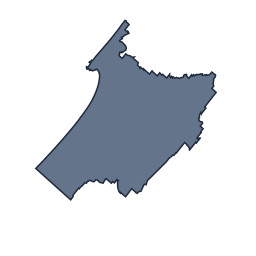 outline of Noosa, Queensland, Australia, rotated 211°
{"feature_id": "25037944B90533392045393", "entity_name": "Noosa", "entity_type": "district", "adm_level": 2, "iso_a3": "AUS", "parent_name": "Australia", "parent_adm1": "Queensland", "projection": "equal_earth", "projection_center": [153.049, -26.318], "detail": "fine", "context": "isolated", "style": "filled", "palette": "slate", "viewbox_px": 256, "rotation_deg": 211, "n_neighbors": 0, "source": "geoboundaries", "source_scale": "gbopen_adm2", "svg_char_len": 5555}
<svg xmlns="http://www.w3.org/2000/svg" viewBox="0 0 256 256"><g transform="rotate(211 128 128)"><path d="M70.8,204.0L76.5,205.1L76.1,208.0L78.1,210.3L78.8,212.4L79.3,213.3L79.9,213.8L79.5,216.7L79.8,217.3L79.9,218.1L80.2,218.4L81.2,218.8L81.7,218.5L85.0,219.1L85.5,215.7L88.0,213.5L88.1,213.4L88.3,214.0L91.3,211.4L92.1,212.7L92.7,212.3L93.3,211.7L93.8,211.7L94.0,211.4L93.9,211.0L94.9,210.1L95.3,210.1L95.9,209.5L96.1,209.6L97.2,208.9L97.3,208.3L97.9,207.8L97.8,207.5L98.1,206.7L99.3,207.4L99.8,205.5L100.1,205.6L100.0,205.9L100.1,206.0L100.9,206.4L101.5,202.0L104.8,202.7L105.0,203.8L105.6,204.0L105.7,203.5L107.1,202.9L107.3,201.9L106.9,200.4L107.0,200.1L107.5,199.3L107.8,198.7L108.3,198.7L109.4,197.3L109.6,196.8L110.7,196.8L111.7,196.5L112.0,196.2L112.4,196.3L113.7,194.7L114.0,194.8L114.5,195.0L115.6,195.1L115.6,193.9L117.1,194.7L117.3,193.0L117.6,193.1L118.0,193.5L118.9,193.9L119.3,194.7L119.7,195.0L119.8,195.3L120.0,195.6L120.6,190.8L125.8,191.8L125.9,191.2L126.0,190.8L129.3,191.6L129.8,187.8L136.7,189.1L136.7,189.4L136.8,189.4L137.4,185.2L145.0,186.7L144.6,185.9L148.3,186.6L148.1,186.2L148.3,185.3L148.8,185.9L151.5,186.5L152.3,186.8L152.3,187.5L152.8,189.3L159.1,190.4L159.4,191.4L159.2,192.0L161.0,190.8L162.0,190.8L162.9,191.0L166.2,190.1L168.1,190.5L168.5,187.6L168.4,187.6L168.8,184.7L172.9,185.4L173.0,185.9L173.1,186.6L173.8,187.7L174.1,188.6L174.0,188.8L173.5,188.9L173.2,189.1L172.8,189.1L172.8,189.3L172.6,189.1L172.1,189.4L171.7,189.9L171.6,190.6L171.3,190.8L171.2,191.0L171.0,191.6L170.6,192.5L170.4,193.5L170.2,193.6L170.4,193.8L170.3,194.2L170.4,195.2L170.8,195.9L171.7,196.7L172.0,196.8L172.5,197.2L172.9,197.4L173.9,197.6L174.0,197.6L174.5,197.8L175.3,198.1L175.9,198.2L176.8,198.5L177.6,198.6L178.4,198.5L179.5,198.1L179.8,197.9L180.1,198.3L180.1,199.5L178.8,201.7L179.5,202.6L180.1,202.6L179.3,203.6L178.5,205.9L176.1,209.5L176.4,209.6L176.2,209.8L177.4,210.6L177.5,210.5L178.0,210.8L178.0,210.0L181.2,210.6L180.4,216.9L180.3,217.2L180.5,217.3L180.6,217.2L180.8,217.2L181.6,217.6L183.7,218.0L184.1,218.2L184.7,218.8L184.8,218.7L184.9,218.8L185.2,218.5L185.3,218.6L185.9,218.7L186.5,214.4L187.3,205.4L187.9,201.2L187.9,200.6L187.8,200.4L188.0,200.1L188.6,195.7L188.7,195.2L188.5,194.9L188.7,194.7L189.0,193.3L189.1,193.0L189.2,191.3L189.7,188.9L189.6,188.6L189.7,188.4L189.9,187.9L190.1,186.2L190.3,185.4L190.8,182.0L191.0,181.2L191.4,178.9L192.4,173.1L193.0,168.2L193.3,167.1L193.4,166.9L194.1,167.1L194.0,166.8L193.9,166.6L193.9,166.3L194.1,166.0L194.1,165.9L193.9,165.6L194.0,165.6L194.0,165.4L194.7,165.5L194.8,165.4L194.6,165.1L194.7,164.9L195.0,165.0L195.1,164.5L194.8,164.6L194.5,164.5L194.2,164.4L194.2,164.2L193.7,164.0L193.4,163.8L193.4,162.9L193.5,160.9L193.7,159.7L193.9,159.2L194.1,159.2L194.3,159.0L194.8,159.2L194.7,158.8L195.0,159.0L195.1,158.7L193.5,157.3L193.3,157.5L192.8,157.8L192.8,158.0L192.6,158.0L192.4,158.5L192.0,158.7L191.5,158.5L191.0,158.0L191.0,157.9L190.8,157.7L190.5,157.5L190.3,157.6L190.3,157.8L190.2,157.8L190.0,158.5L189.8,158.7L189.4,158.8L188.9,158.7L187.9,158.7L187.8,158.9L187.3,159.3L186.9,159.9L186.4,160.3L186.3,160.9L186.1,161.2L186.0,161.3L185.5,161.3L185.4,161.8L185.0,162.3L184.9,162.3L184.3,162.2L183.3,161.8L182.6,161.2L182.6,160.9L182.5,161.2L182.2,161.2L180.4,159.6L180.2,159.7L179.1,157.9L178.4,156.6L177.7,155.0L177.4,154.2L176.8,153.1L175.8,150.0L175.0,146.9L174.8,146.6L174.7,145.7L174.3,143.3L174.0,142.4L174.1,142.1L173.7,139.6L173.6,139.4L173.5,139.2L173.6,138.8L173.3,135.3L173.2,134.4L173.0,134.2L173.1,133.9L173.0,130.9L173.1,125.5L173.2,123.8L173.7,116.6L174.2,112.6L174.4,109.6L174.5,108.2L174.8,106.5L175.0,104.7L175.4,101.3L176.4,95.4L176.4,95.0L177.2,90.6L177.8,86.6L177.9,86.0L178.1,84.7L178.4,83.4L178.5,83.1L178.8,81.0L180.0,75.1L180.0,74.8L180.2,74.0L180.2,73.5L180.7,71.5L181.9,65.1L182.1,64.7L182.5,62.5L182.7,61.9L182.7,61.4L182.9,60.5L182.9,60.3L183.1,60.1L183.0,59.9L183.1,59.5L184.1,54.9L184.8,51.8L185.2,50.5L185.3,49.9L185.6,48.7L185.7,48.0L185.9,47.2L185.9,46.9L186.2,45.8L140.1,36.9L139.7,41.0L140.5,42.0L139.4,50.8L138.5,50.7L138.3,52.5L137.7,54.3L137.3,55.1L137.2,55.7L137.2,56.3L136.9,57.5L136.9,58.6L136.7,58.8L135.4,59.2L135.2,59.4L135.2,61.3L135.0,61.7L134.5,62.0L134.3,62.3L134.2,63.2L133.9,63.5L130.3,64.0L129.9,64.1L129.4,64.6L129.2,65.0L129.1,66.8L128.9,66.9L127.4,67.7L125.1,66.9L123.4,67.0L122.3,67.6L121.4,67.7L120.9,67.9L121.0,68.9L121.0,69.8L121.0,70.3L120.9,70.7L121.1,71.2L120.9,71.8L121.0,72.1L120.9,72.5L121.0,73.2L120.8,73.3L113.8,72.1L113.5,74.3L111.4,73.9L111.0,78.2L109.1,77.8L109.6,76.9L106.8,72.7L106.6,72.2L103.5,69.2L102.0,68.5L101.0,68.2L101.1,68.9L94.7,67.8L93.6,77.8L88.7,77.0L88.2,76.7L88.0,76.9L86.4,76.7L86.1,78.9L84.3,80.4L85.2,88.1L84.6,88.4L84.2,88.4L83.3,88.6L84.3,92.8L77.8,118.5L77.2,123.2L76.0,126.2L75.8,127.8L74.6,128.1L74.2,131.4L73.7,131.4L72.9,137.6L72.0,144.7L68.5,144.0L68.5,143.8L68.2,143.9L67.7,143.7L67.3,143.3L66.4,142.9L65.7,142.8L64.9,142.3L64.8,142.1L64.3,141.9L64.3,141.0L63.9,140.9L62.6,150.4L62.6,150.5L62.0,150.2L61.7,150.2L60.9,156.5L61.4,156.4L61.4,156.2L61.4,155.6L61.8,155.3L62.1,155.5L62.4,155.3L62.9,155.4L63.1,154.9L63.0,154.7L62.8,154.9L62.6,154.9L62.6,154.7L63.1,154.6L63.6,155.1L63.8,155.4L62.9,161.9L63.7,162.0L63.2,166.1L67.0,166.8L66.5,170.4L66.8,170.9L67.9,171.4L68.3,171.1L69.4,170.8L70.8,170.9L71.6,172.0L72.4,172.6L72.3,173.1L72.1,173.5L72.4,174.4L73.0,175.1L73.2,175.6L73.3,176.6L73.7,177.1L73.4,177.4L73.4,178.0L73.5,178.8L72.7,178.0L72.3,177.8L72.4,178.2L71.5,185.2L72.3,185.4L73.1,185.4L70.8,204.0Z" fill="#64748b" stroke="#1e293b" stroke-width="1.5"/></g></svg>